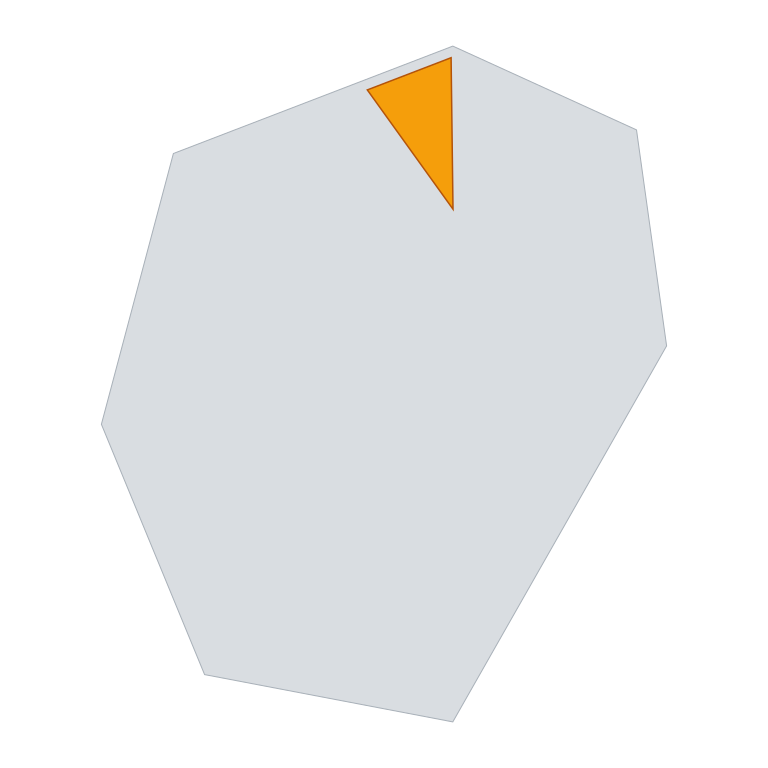 Anetan highlighted on a map of Nauru
{"feature_id": "NRU-4978", "entity_name": "Anetan", "entity_type": "state/province", "adm_level": 1, "iso_a3": "NRU", "parent_name": "Nauru", "parent_adm1": "", "projection": "orthographic", "projection_center": [166.935, -0.497], "detail": "fine", "context": "in_parent", "style": "filled", "palette": "amber", "viewbox_px": 768, "rotation_deg": 0, "n_neighbors": 0, "source": "natural_earth", "source_scale": "10m", "svg_char_len": 334}
<svg xmlns="http://www.w3.org/2000/svg" viewBox="0 0 768 768"><path d="M666.6,345.9L452.8,721.9L204.6,674.6L101.4,424.3L173.4,153.5L452.8,46.1L636.5,129.9L666.6,345.9Z" fill="#d9dde1" stroke="#a8b0b8" stroke-width="1"/><path d="M367.3,89.9L451.1,57.7L453.0,209.2L367.3,89.9Z" fill="#f59e0b" stroke="#b45309" stroke-width="1.5"/></svg>